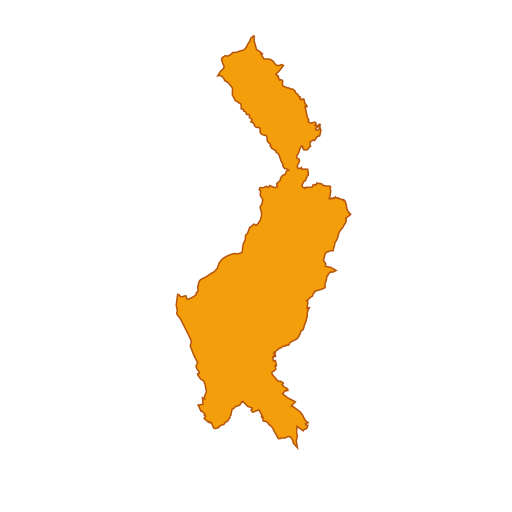 Izvoru Barzii, Mehedinti, Romania (Albers equal-area conic projection), rotated 49°
{"feature_id": "2599482B77964266021136", "entity_name": "Izvoru Barzii", "entity_type": "district", "adm_level": 2, "iso_a3": "ROU", "parent_name": "Romania", "parent_adm1": "Mehedinti", "projection": "albers", "projection_center": [22.639, 44.717], "detail": "fine", "context": "isolated", "style": "filled", "palette": "amber", "viewbox_px": 512, "rotation_deg": 49, "n_neighbors": 0, "source": "geoboundaries", "source_scale": "gbopen_adm2", "svg_char_len": 6143}
<svg xmlns="http://www.w3.org/2000/svg" viewBox="0 0 512 512"><g transform="rotate(49 256 256)"><path d="M297.2,185.5L295.9,182.6L293.0,178.4L292.1,175.9L291.4,171.9L289.4,166.0L287.9,163.9L286.3,163.6L286.8,158.6L286.3,158.2L286.7,157.6L286.6,157.2L282.5,157.3L279.0,155.9L276.5,154.1L275.3,153.9L273.8,152.9L271.6,152.8L271.1,153.7L270.6,153.2L267.6,155.7L266.3,155.5L264.8,157.4L263.5,157.3L263.7,158.3L263.3,158.8L263.7,159.3L262.8,159.9L262.9,160.8L261.8,161.2L261.5,162.8L260.8,163.2L259.1,160.5L255.5,156.5L253.4,155.8L252.9,154.3L251.8,154.4L249.3,157.1L246.8,159.0L244.8,159.0L240.8,162.3L241.6,163.5L241.5,164.6L240.6,164.7L239.8,166.5L240.7,168.0L240.7,169.0L238.2,171.7L237.1,174.3L236.8,173.7L236.5,174.5L235.0,175.7L232.7,174.9L231.1,170.7L231.6,169.2L229.4,165.2L229.3,163.5L227.5,161.9L224.4,160.1L220.4,164.4L219.9,164.6L219.1,163.8L219.1,164.9L218.1,165.7L217.9,166.9L216.3,166.6L214.8,165.4L213.2,161.5L212.4,160.4L210.8,160.0L209.0,160.9L207.4,160.1L205.9,155.8L203.5,151.8L202.9,149.6L203.3,149.0L204.0,149.0L205.5,150.1L207.5,150.1L209.3,148.0L209.5,146.6L208.8,144.4L209.0,142.8L206.9,141.9L205.5,140.2L206.0,136.8L207.2,136.2L206.9,134.0L205.9,131.8L207.1,129.1L203.9,124.7L201.4,123.5L201.1,123.7L201.8,126.1L201.6,126.9L200.5,127.8L199.0,127.5L198.8,126.7L199.2,124.3L199.6,123.5L200.4,123.2L199.0,121.4L198.3,121.4L198.2,123.2L197.4,124.9L196.4,125.8L195.8,125.9L195.8,124.3L195.5,123.7L194.3,123.4L193.4,124.0L191.8,127.4L188.8,128.5L187.7,126.7L185.3,126.4L175.3,120.9L176.3,120.4L176.8,119.6L176.6,119.2L172.5,118.8L168.9,116.9L168.0,117.9L168.1,119.2L166.7,119.8L165.2,119.3L165.6,118.5L165.3,118.3L163.7,118.8L160.5,118.5L159.0,119.1L157.0,118.3L154.1,118.7L152.8,120.3L150.8,120.9L149.7,122.0L145.4,124.1L143.4,123.2L141.5,121.0L139.8,121.1L139.2,121.6L138.9,122.8L135.1,121.8L135.3,121.4L134.6,121.1L133.5,121.6L131.9,121.7L131.6,117.2L130.3,110.3L128.3,111.0L127.6,113.2L126.3,114.9L124.6,115.6L120.1,115.3L116.8,116.3L114.9,117.9L114.1,119.3L112.1,120.7L106.9,119.8L107.5,118.5L102.5,119.4L100.7,120.2L92.1,116.1L88.9,113.0L88.4,113.3L88.2,114.6L88.2,117.1L89.9,120.2L90.6,122.9L91.6,125.1L92.5,128.7L92.5,130.3L90.3,134.5L90.3,135.2L88.9,138.1L87.2,139.8L87.3,142.9L86.7,146.1L84.7,147.7L84.2,150.9L84.5,152.4L85.5,153.4L90.2,155.2L91.3,155.2L93.1,157.0L93.4,162.0L94.9,166.7L96.1,164.6L98.8,163.9L101.3,163.8L103.0,164.6L106.7,163.3L112.2,163.5L113.9,163.6L118.9,168.2L125.1,169.6L131.6,167.7L135.3,170.6L137.1,169.4L138.8,170.2L140.0,169.4L140.8,169.4L143.0,170.3L144.1,168.9L145.3,168.5L147.2,170.2L150.1,169.4L151.2,170.5L151.1,171.6L151.8,171.9L153.6,170.7L156.1,171.1L156.7,171.7L158.7,171.5L159.6,171.0L160.7,169.7L162.2,169.2L165.1,171.5L166.6,172.1L169.5,171.1L171.7,169.3L174.4,170.0L175.6,171.5L177.4,172.2L181.6,171.8L181.8,172.8L182.4,173.2L184.1,173.1L185.0,173.6L189.2,172.0L190.6,172.7L193.4,172.1L194.9,172.4L201.4,175.0L204.8,175.6L205.8,176.8L208.9,177.0L209.8,175.9L212.7,174.9L212.8,175.2L212.0,176.0L211.8,176.9L213.6,180.7L212.5,182.9L213.2,186.2L214.9,188.3L214.9,192.6L215.8,193.7L217.4,194.2L218.0,195.3L216.1,197.3L211.7,199.5L212.5,201.0L212.4,201.7L210.1,202.5L210.0,203.7L209.1,205.9L207.0,208.1L208.2,210.2L209.7,209.8L213.1,213.0L218.1,214.0L220.8,217.8L221.3,219.9L222.2,221.2L226.4,223.1L228.4,224.5L231.8,229.2L232.3,231.7L232.8,232.7L233.0,235.6L230.5,236.7L230.7,240.0L230.3,242.0L233.3,247.5L233.5,250.4L236.7,253.4L238.3,257.3L241.3,261.2L242.7,262.3L244.1,264.6L242.4,268.3L240.1,270.6L238.7,273.1L236.9,278.3L236.1,283.4L237.1,288.6L239.9,293.2L240.5,298.2L239.7,300.9L239.0,307.1L237.6,312.5L237.6,314.6L239.0,317.6L240.2,318.4L240.6,320.0L243.4,321.8L244.7,323.3L244.6,325.4L246.0,326.7L245.7,329.9L244.4,334.8L243.5,336.3L239.9,335.0L238.2,338.7L236.9,339.6L234.5,339.5L233.6,340.4L240.8,348.5L245.5,351.1L246.9,353.1L248.2,353.9L254.1,354.3L276.2,360.0L278.7,361.3L280.5,364.5L290.0,368.0L298.3,370.1L299.8,373.6L302.3,374.6L307.0,375.1L307.3,376.1L306.5,377.3L307.8,378.1L312.7,378.5L315.9,377.5L319.1,378.5L326.2,382.6L326.6,384.0L329.2,388.3L330.0,388.5L327.9,389.4L333.1,393.3L330.5,397.5L337.1,399.3L337.5,398.6L342.0,398.3L342.1,399.4L343.9,399.2L344.5,401.7L350.3,401.0L350.2,399.9L351.6,400.2L352.2,399.7L352.2,398.9L357.9,400.8L359.6,399.9L359.9,398.6L361.0,397.3L360.6,395.1L360.8,393.3L362.1,390.8L361.4,388.6L362.0,385.4L361.7,385.0L361.7,385.5L361.0,382.1L359.8,380.6L359.6,379.4L356.0,374.6L356.5,372.5L356.1,370.6L357.9,366.1L356.6,362.1L357.6,361.9L357.6,361.3L363.8,361.0L368.1,358.7L369.0,359.3L369.0,360.9L371.7,361.0L374.2,354.6L380.7,356.3L380.6,357.1L382.0,357.5L382.3,356.6L385.2,358.9L387.7,356.8L390.8,356.5L391.7,356.9L393.6,356.3L395.9,356.2L408.5,359.0L409.6,357.7L410.4,355.6L412.5,353.4L413.1,350.5L415.1,348.7L418.9,349.1L421.8,350.6L427.8,350.5L421.9,346.9L419.0,342.9L415.3,340.8L411.5,336.8L418.9,335.1L418.6,334.1L418.6,333.0L419.3,331.8L419.2,330.0L417.7,327.9L416.1,329.3L415.0,328.8L416.0,326.0L412.6,326.7L406.0,325.1L402.1,325.0L394.2,326.8L392.3,327.8L391.9,321.9L383.6,325.2L377.5,326.4L376.7,322.0L377.3,321.6L377.8,322.4L377.6,321.0L378.4,320.2L377.3,319.4L375.7,319.6L373.6,320.6L370.4,320.8L370.1,319.0L369.5,318.7L366.6,319.6L364.9,321.5L355.4,321.4L354.2,320.2L354.7,315.8L353.8,314.8L351.4,313.7L352.1,312.3L347.6,310.0L346.7,311.7L343.2,309.9L344.6,307.1L343.6,306.6L342.9,307.8L342.0,305.1L340.8,306.1L340.5,305.5L341.1,300.5L340.7,299.5L341.6,297.7L342.0,294.2L343.2,293.2L343.1,291.4L344.1,290.9L344.4,290.1L344.5,289.2L343.6,286.8L345.4,279.3L344.8,276.4L344.2,275.8L344.1,274.5L342.1,271.3L342.0,270.5L342.6,269.3L341.6,267.1L340.2,265.3L337.6,260.2L336.5,259.1L335.5,257.1L332.6,254.8L330.8,251.8L330.0,249.6L329.2,250.4L329.2,251.7L328.5,251.5L325.2,247.5L324.0,246.8L322.9,247.1L323.3,246.0L322.9,242.3L323.3,239.7L322.2,238.1L321.9,235.6L321.1,234.9L324.1,228.5L325.2,224.6L322.4,222.3L320.3,218.7L317.8,215.8L317.9,214.6L317.3,214.0L316.9,210.6L317.2,209.7L317.7,209.7L318.8,208.0L319.5,205.0L313.8,207.0L309.2,210.4L307.5,208.4L303.6,208.0L299.5,202.0L299.7,199.0L300.3,198.4L300.8,196.2L302.6,194.6L299.8,190.2L297.6,187.5L297.2,185.5Z" fill="#f59e0b" stroke="#b45309" stroke-width="1.5"/></g></svg>